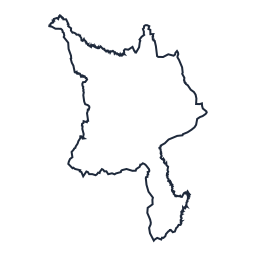 Kumphawapi, Udon Thani, Thailand (Equal Earth projection)
{"feature_id": "78962969B78626790944286", "entity_name": "Kumphawapi", "entity_type": "district", "adm_level": 2, "iso_a3": "THA", "parent_name": "Thailand", "parent_adm1": "Udon Thani", "projection": "equal_earth", "projection_center": [102.971, 17.074], "detail": "fine", "context": "isolated", "style": "outline", "palette": "slate", "viewbox_px": 256, "rotation_deg": 0, "n_neighbors": 0, "source": "geoboundaries", "source_scale": "gbopen_adm2", "svg_char_len": 5723}
<svg xmlns="http://www.w3.org/2000/svg" viewBox="0 0 256 256"><path d="M181.3,223.5L181.3,222.6L180.7,222.5L180.7,222.0L181.5,221.3L180.9,221.4L180.7,220.5L181.0,220.3L180.7,219.9L181.7,218.1L180.9,217.2L180.8,216.1L181.2,216.0L181.3,214.7L182.2,214.2L181.5,213.9L181.4,212.7L181.7,212.9L181.8,212.4L182.6,211.9L181.9,211.8L182.2,210.5L183.2,210.5L183.1,207.8L183.4,208.2L183.7,207.5L184.2,207.5L185.1,208.3L185.7,207.3L185.3,206.7L186.0,205.9L186.9,206.4L186.1,205.1L186.5,204.2L186.5,202.4L187.5,201.5L187.2,200.6L187.7,199.8L187.9,197.9L188.8,198.1L188.8,197.2L188.1,196.4L188.7,195.6L189.2,195.8L189.0,194.9L189.4,195.2L189.7,194.7L189.2,194.6L189.1,193.6L188.6,193.2L188.8,194.6L187.6,194.9L188.0,192.1L187.5,191.3L187.2,191.8L187.5,192.7L187.1,192.6L186.3,193.7L185.9,193.6L186.5,193.1L185.4,192.3L183.9,193.2L181.9,196.9L180.7,196.7L180.1,195.7L179.2,196.3L176.5,195.7L176.4,196.3L175.3,196.2L174.9,195.0L173.7,193.9L174.3,191.5L172.9,190.7L172.5,191.5L172.0,190.8L171.9,189.5L172.5,188.4L172.0,187.3L172.7,186.4L172.0,186.0L172.3,184.9L170.9,184.8L171.6,183.9L171.3,183.4L170.7,183.7L170.8,182.5L170.2,182.6L170.1,180.9L169.7,181.0L170.0,181.5L169.5,182.0L169.1,181.1L168.2,180.9L168.7,179.3L167.3,177.6L167.6,176.3L166.8,175.7L166.9,174.5L167.3,174.9L167.9,174.4L167.4,173.0L168.2,171.8L167.5,170.2L168.1,166.7L166.5,165.3L166.3,163.1L165.8,163.8L165.2,163.3L164.1,163.7L164.5,163.3L163.9,162.2L164.4,161.1L164.0,160.7L164.2,160.1L163.5,159.6L163.9,159.4L163.5,158.8L163.1,159.7L162.2,159.1L162.2,159.7L161.8,158.7L160.8,158.0L160.6,157.5L161.7,156.0L160.9,154.1L161.2,153.8L160.9,153.4L161.2,153.3L160.9,152.5L161.2,152.1L160.7,151.1L160.6,149.1L159.5,148.5L159.4,147.7L160.8,146.7L160.7,145.6L164.8,143.3L168.6,139.5L177.2,135.9L182.5,135.3L182.9,134.2L187.5,132.3L191.4,129.8L194.5,127.3L196.1,124.8L197.2,118.9L200.1,117.0L202.6,116.1L205.6,114.0L206.7,112.5L206.4,111.4L202.8,108.5L202.1,106.0L201.9,103.4L199.8,104.1L196.1,104.0L196.4,98.5L195.6,94.7L193.9,92.0L190.7,89.7L187.8,85.3L185.9,84.0L185.6,83.0L185.1,83.0L184.7,81.7L184.4,81.7L184.3,80.3L184.0,80.1L184.4,77.9L182.2,73.8L182.7,72.6L182.1,67.3L179.0,59.9L177.5,57.4L177.5,56.3L178.3,54.1L177.9,52.4L177.0,51.0L175.4,52.9L175.1,54.5L173.6,55.7L168.3,54.3L163.1,57.0L158.2,56.9L157.1,56.1L155.9,46.2L154.7,40.9L153.6,40.5L153.7,39.5L152.8,39.4L152.6,36.8L153.1,36.7L153.0,34.8L153.3,34.1L150.4,34.2L150.3,29.8L148.4,29.0L149.3,26.2L147.1,25.2L145.4,25.2L144.1,26.1L143.9,28.1L142.9,29.0L143.9,31.7L143.8,34.1L144.2,34.9L141.6,36.8L139.5,39.6L140.3,40.8L139.8,42.0L139.1,47.3L136.0,52.6L135.2,52.4L135.1,51.4L134.3,51.0L132.5,46.9L128.3,49.7L125.1,49.2L123.9,50.5L124.2,52.6L123.8,53.3L124.3,54.0L123.8,53.8L123.8,54.4L122.5,54.9L122.3,54.5L122.0,55.2L121.5,54.7L121.1,55.3L120.7,54.7L120.4,55.0L120.1,54.2L119.5,55.5L119.2,55.3L119.5,54.9L118.9,54.9L118.4,54.1L117.2,54.3L116.9,53.3L115.7,53.5L115.3,52.7L114.6,53.5L114.3,52.1L112.9,50.9L112.2,51.4L110.9,51.2L110.2,52.5L110.0,51.9L109.4,52.1L109.6,51.5L109.1,51.4L108.9,50.6L108.6,51.8L108.0,51.6L107.9,50.9L106.6,51.4L106.6,50.7L105.8,51.0L104.5,50.1L104.6,49.4L103.9,48.7L102.9,48.9L100.6,46.4L99.1,48.1L98.2,48.1L98.2,47.6L97.8,48.2L96.8,47.8L96.9,47.3L96.0,47.4L95.2,46.2L95.2,47.1L94.1,46.5L93.2,45.8L93.0,45.0L92.2,45.1L91.9,45.8L91.4,45.5L91.4,46.6L91.2,46.0L91.1,46.5L90.7,46.0L90.4,46.3L90.1,45.5L89.2,45.8L88.1,45.2L88.3,44.3L87.8,44.6L86.8,43.1L86.8,43.6L86.3,43.5L86.2,42.0L85.6,41.9L85.3,40.7L84.3,40.2L83.9,39.1L82.7,40.9L81.5,40.4L81.3,38.1L80.1,36.3L80.1,35.6L79.4,35.7L78.7,34.7L76.5,34.7L75.6,33.5L73.5,32.5L72.5,32.7L70.9,30.5L71.1,28.3L68.2,26.2L68.6,24.9L67.8,24.1L68.2,23.7L66.1,19.3L63.3,19.3L62.9,17.8L62.4,17.4L62.0,17.8L60.6,15.7L60.0,15.4L59.7,16.4L59.1,16.4L59.2,17.1L58.6,17.4L58.2,19.0L56.9,18.0L53.8,19.0L53.6,19.9L54.1,20.8L53.7,20.9L53.5,21.6L52.7,21.0L52.7,22.7L51.2,23.1L50.4,24.0L50.4,25.1L49.4,25.3L49.3,26.2L51.9,26.7L55.4,28.7L60.8,28.8L62.1,29.9L62.7,31.2L62.6,32.0L63.7,32.8L64.3,35.7L63.7,37.0L68.2,42.7L68.6,49.0L71.0,55.7L71.2,58.4L70.7,58.7L71.8,62.7L73.4,65.7L74.7,72.1L75.2,72.5L76.1,72.0L76.5,72.7L76.8,72.3L77.2,73.7L78.2,73.8L78.4,73.2L79.9,73.7L81.0,76.5L81.4,76.1L81.8,76.5L82.1,75.8L82.4,76.2L82.8,75.6L83.6,75.9L83.8,76.7L84.7,76.4L85.6,78.1L86.4,78.0L87.1,79.5L85.2,82.0L83.0,82.2L82.3,83.9L82.5,85.8L83.3,86.9L83.0,88.1L83.6,90.0L83.2,90.9L83.8,92.2L83.3,95.2L84.2,101.6L85.2,104.2L87.8,105.1L89.2,106.3L89.4,107.5L88.7,109.7L87.8,109.6L87.6,111.6L87.0,113.1L88.1,120.8L87.3,120.8L86.9,122.2L83.6,121.2L83.5,122.9L82.1,123.8L81.9,125.7L82.6,126.2L82.3,128.9L83.7,134.1L83.1,137.0L83.2,137.8L84.2,138.4L82.6,138.6L82.1,137.4L81.0,136.2L80.3,136.3L80.3,138.1L78.4,141.1L77.6,143.6L75.7,146.5L75.4,147.8L74.1,148.6L73.9,149.3L71.6,152.0L72.4,157.2L70.0,159.0L68.8,161.7L68.3,163.9L72.5,168.2L73.3,167.7L75.1,169.0L80.2,170.2L79.8,171.4L81.4,172.0L83.2,176.3L86.4,171.5L87.9,172.1L89.1,174.1L92.2,174.1L95.6,175.2L96.8,174.4L98.2,172.6L99.6,173.0L100.0,171.6L101.9,169.1L103.2,169.8L104.4,171.4L106.4,171.3L108.2,174.2L112.0,173.3L114.6,174.3L116.0,173.4L120.8,172.1L121.2,170.7L122.1,170.1L126.5,169.0L132.4,170.8L135.7,170.7L136.3,169.0L139.7,166.8L140.3,164.7L141.2,164.7L142.8,163.3L144.6,164.1L146.0,165.3L149.0,169.2L149.3,170.8L149.1,171.6L147.7,172.0L148.2,174.4L147.5,174.6L147.4,176.9L146.1,177.1L145.8,178.1L146.5,184.8L148.5,191.7L152.9,197.6L152.4,199.7L152.6,204.3L147.7,207.8L147.3,212.9L150.1,219.5L150.8,222.6L150.6,224.5L149.1,227.9L150.0,233.3L153.8,240.6L154.6,239.6L157.2,237.9L161.2,239.5L162.0,237.7L163.4,237.9L165.3,236.2L166.0,234.0L168.4,231.3L169.7,230.6L169.8,230.0L170.7,229.9L172.8,232.2L174.9,231.5L176.2,228.0L177.3,227.2L178.6,224.9L180.5,224.9L181.3,223.5Z" fill="none" stroke="#1e293b" stroke-width="2"/></svg>